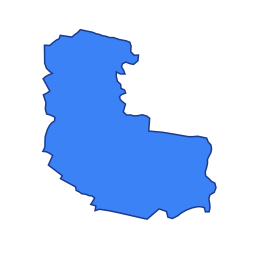 outline of Saudades, Santa Catarina, Brazil, rotated 11°
{"feature_id": "56859067B63922458619483", "entity_name": "Saudades", "entity_type": "district", "adm_level": 2, "iso_a3": "BRA", "parent_name": "Brazil", "parent_adm1": "Santa Catarina", "projection": "albers", "projection_center": [-53.035, -26.888], "detail": "fine", "context": "isolated", "style": "filled", "palette": "blue", "viewbox_px": 256, "rotation_deg": 11, "n_neighbors": 0, "source": "geoboundaries", "source_scale": "gbopen_adm2", "svg_char_len": 1808}
<svg xmlns="http://www.w3.org/2000/svg" viewBox="0 0 256 256"><g transform="rotate(11 128 128)"><path d="M220.0,195.6L223.7,194.7L223.6,190.1L222.3,185.7L220.9,182.4L221.1,178.1L224.9,174.7L225.8,169.8L223.7,165.5L220.2,164.5L216.9,162.2L213.4,160.2L212.2,156.4L212.7,151.9L212.8,147.6L212.0,143.7L212.8,140.3L213.9,136.9L214.1,132.8L212.6,128.8L209.4,126.4L207.1,122.9L197.9,122.8L192.8,124.3L188.6,125.0L177.0,125.2L163.1,125.6L148.9,127.0L147.4,114.3L144.1,112.7L139.4,112.3L134.9,114.2L131.1,115.0L128.2,114.7L124.1,115.5L120.3,113.1L120.6,108.9L121.0,105.0L117.6,103.3L115.0,101.6L113.7,98.9L115.3,96.4L119.0,94.2L117.4,91.3L113.6,90.5L112.5,86.6L108.7,84.2L106.7,79.7L105.8,75.2L110.1,76.4L114.7,75.6L112.6,72.1L109.9,69.2L110.4,65.9L113.3,63.7L117.9,64.5L121.3,64.5L124.9,60.1L124.4,54.4L120.1,55.4L116.1,52.5L115.4,47.1L113.5,43.5L109.5,42.8L105.7,42.8L102.4,42.8L96.6,42.0L92.6,42.7L89.0,42.2L85.6,42.3L82.1,41.6L79.1,41.6L74.9,40.8L62.4,40.6L60.3,44.0L58.0,46.4L55.6,49.4L43.8,50.0L43.4,53.5L41.0,55.3L38.1,58.5L35.5,61.9L30.2,62.7L33.8,80.2L36.6,85.0L39.9,87.2L43.3,88.8L39.7,91.3L37.3,93.2L35.3,95.9L44.2,106.6L41.6,109.3L38.6,111.6L42.6,118.8L43.2,125.2L45.5,129.8L49.5,130.1L54.1,131.3L54.6,134.9L52.0,137.7L50.5,140.6L49.2,144.7L48.7,148.7L48.4,152.6L49.1,157.1L50.1,162.7L48.9,167.2L52.3,166.9L55.9,167.8L59.3,169.4L56.9,179.6L72.6,187.4L71.4,190.6L87.7,195.8L89.1,199.2L92.0,199.9L95.1,201.3L99.1,201.1L102.5,201.8L105.8,201.6L108.6,203.0L107.2,207.2L106.0,210.1L111.4,210.7L111.4,215.4L115.4,213.2L125.8,212.8L136.7,213.0L161.3,213.8L164.2,213.8L173.9,201.5L177.6,202.0L181.7,202.6L184.2,207.9L188.8,208.4L193.8,204.5L195.7,202.1L198.6,199.4L201.4,197.1L206.0,194.3L209.0,192.9L212.0,191.8L214.9,191.4L218.1,191.6L220.0,195.6Z" fill="#3b82f6" stroke="#1e3a8a" stroke-width="1.5"/></g></svg>